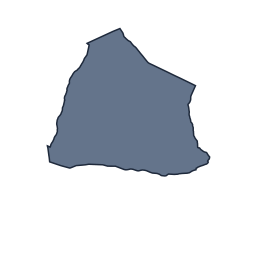 the district of Anaurilândia, Mato Grosso do Sul, Brazil, rotated 38°
{"feature_id": "56859067B19851013015279", "entity_name": "Anaurilândia", "entity_type": "district", "adm_level": 2, "iso_a3": "BRA", "parent_name": "Brazil", "parent_adm1": "Mato Grosso do Sul", "projection": "albers", "projection_center": [-52.789, -22.153], "detail": "fine", "context": "isolated", "style": "filled", "palette": "slate", "viewbox_px": 256, "rotation_deg": 38, "n_neighbors": 0, "source": "geoboundaries", "source_scale": "gbopen_adm2", "svg_char_len": 3591}
<svg xmlns="http://www.w3.org/2000/svg" viewBox="0 0 256 256"><g transform="rotate(38 128 128)"><path d="M207.3,119.1L206.5,117.8L206.9,117.2L207.0,116.3L207.5,115.3L208.7,113.2L209.4,112.2L210.0,111.3L211.0,109.6L211.5,108.8L212.1,108.0L212.3,107.2L212.4,106.3L212.2,105.4L211.1,105.1L211.0,104.1L211.1,102.7L210.7,101.4L210.1,100.5L209.3,100.4L208.6,100.2L208.0,100.0L207.3,99.9L206.7,99.6L206.0,99.3L205.0,99.0L204.1,99.3L203.4,99.7L202.7,99.9L201.9,100.0L200.7,100.1L199.3,100.1L198.7,100.2L198.0,100.0L196.9,99.7L196.3,99.8L195.7,100.3L194.9,100.4L194.0,99.4L193.4,98.7L192.5,97.6L191.8,96.9L191.2,96.5L190.8,95.8L190.1,95.5L189.1,95.3L188.0,95.0L187.1,94.7L186.3,94.4L185.6,93.9L184.5,93.6L183.1,92.0L182.6,91.5L181.8,90.5L180.9,89.8L179.2,87.6L178.5,87.1L177.9,86.8L177.4,86.4L177.0,85.7L176.3,85.3L175.0,84.7L173.9,84.6L173.4,84.2L172.6,83.4L171.7,82.6L170.7,82.1L170.0,81.4L169.2,80.8L168.3,80.2L167.8,79.7L167.4,79.2L167.0,78.6L166.6,77.9L166.1,77.3L165.5,76.8L165.0,76.3L164.3,75.6L163.5,74.8L162.6,74.0L162.1,73.6L161.4,73.2L160.7,72.4L160.8,71.0L160.8,69.7L160.5,68.7L160.3,67.9L159.8,66.9L158.9,65.7L158.2,64.8L157.7,63.5L155.1,53.1L150.8,54.0L146.1,55.0L138.6,56.6L132.9,57.9L124.4,59.7L113.5,62.1L109.3,63.0L105.8,63.8L104.8,64.0L103.7,64.1L102.3,63.9L100.6,63.5L99.8,63.3L98.0,62.9L95.6,62.3L90.9,61.3L89.9,61.0L88.4,60.7L86.1,60.1L84.8,59.8L83.5,59.7L82.3,59.8L80.3,59.5L79.0,59.2L77.9,58.9L76.8,58.6L75.9,58.7L74.8,58.9L73.9,59.0L71.2,58.8L70.0,58.6L69.4,58.6L68.7,58.5L68.1,58.2L67.1,57.4L65.8,56.5L65.0,56.1L63.4,55.6L61.9,55.1L60.4,54.6L56.7,61.1L43.6,86.5L44.7,86.6L45.6,86.5L46.3,86.5L50.6,95.4L50.7,96.2L50.7,96.9L50.8,97.6L50.8,99.2L50.9,100.3L51.2,101.2L51.5,102.0L51.7,103.2L51.9,104.0L52.0,105.2L52.1,106.4L52.3,107.3L52.3,108.0L52.5,108.8L52.6,109.7L52.6,110.7L52.4,111.8L52.3,112.7L52.3,113.7L52.0,114.5L51.6,115.6L51.3,116.5L51.3,117.3L51.3,118.7L51.4,119.7L51.6,120.6L51.7,121.5L51.8,122.3L51.8,123.2L51.9,124.1L52.0,124.8L52.2,125.5L52.5,126.3L53.0,127.2L53.6,128.0L54.2,128.6L54.4,129.4L54.5,130.5L54.8,131.8L55.1,132.6L55.4,133.9L55.9,135.0L56.8,135.8L57.1,136.9L57.6,137.7L57.8,138.3L58.0,139.2L58.3,140.0L58.5,140.8L58.6,141.8L59.0,142.8L59.8,144.0L60.4,144.5L61.0,144.9L61.1,145.7L61.7,146.5L62.2,147.7L62.6,148.5L63.0,149.4L63.5,150.5L63.7,151.6L64.0,152.6L64.5,153.2L65.0,153.9L65.6,155.0L65.9,156.1L66.1,157.1L66.5,158.2L66.6,159.4L66.6,160.7L66.5,161.8L66.5,162.4L66.7,163.3L67.1,164.2L67.3,165.3L67.8,166.1L68.3,167.0L68.8,167.9L69.4,168.8L70.2,169.5L70.9,170.1L71.4,170.5L72.2,171.3L73.0,172.1L73.4,173.1L74.1,173.7L74.5,174.3L74.8,175.1L75.2,176.2L75.5,177.1L75.6,177.9L75.6,178.6L75.6,179.5L75.7,180.2L76.0,181.5L76.5,182.5L76.7,183.6L76.9,184.4L77.1,185.2L77.1,186.2L77.2,187.2L77.4,188.4L78.2,190.2L78.3,191.1L77.3,191.2L76.3,191.5L75.5,191.7L76.1,192.3L76.8,192.7L82.5,198.3L84.1,199.8L87.1,202.9L89.1,202.2L90.0,201.9L97.7,199.2L98.5,198.9L100.2,198.2L106.6,195.5L107.2,194.9L110.4,189.4L111.0,188.9L115.1,185.1L116.7,183.6L117.3,183.0L119.4,180.7L130.8,172.5L135.4,170.6L141.7,165.8L150.2,163.2L151.4,162.7L152.5,161.9L153.6,160.8L154.4,159.8L155.1,158.9L155.9,158.3L157.3,157.5L159.1,156.9L161.6,156.0L162.9,155.1L163.9,153.7L165.1,152.3L166.8,151.2L168.7,150.3L172.5,149.3L173.4,149.0L174.9,148.5L176.9,147.2L178.9,145.9L181.3,145.1L182.5,145.0L183.3,145.0L184.0,144.7L185.6,143.7L186.4,143.2L187.4,142.2L188.2,139.4L192.7,136.3L193.6,135.6L194.2,135.0L195.7,133.7L196.5,132.5L197.3,131.8L198.5,130.6L202.4,127.2L203.9,125.5L204.8,123.0L205.3,121.9L206.3,120.3L207.3,119.1Z" fill="#64748b" stroke="#1e293b" stroke-width="1.5"/></g></svg>